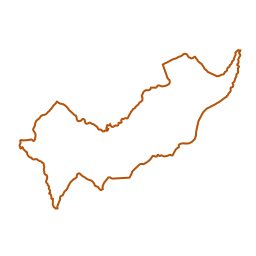 outline of Laulara, Aileu, East Timor, rotated 4°
{"feature_id": "22284137B18374352558819", "entity_name": "Laulara", "entity_type": "district", "adm_level": 2, "iso_a3": "TLS", "parent_name": "East Timor", "parent_adm1": "Aileu", "projection": "equal_earth", "projection_center": [125.578, -8.625], "detail": "fine", "context": "isolated", "style": "outline", "palette": "amber", "viewbox_px": 256, "rotation_deg": 4, "n_neighbors": 0, "source": "geoboundaries", "source_scale": "gbopen_adm2", "svg_char_len": 5807}
<svg xmlns="http://www.w3.org/2000/svg" viewBox="0 0 256 256"><g transform="rotate(4 128 128)"><path d="M194.3,135.5L195.2,134.7L195.5,134.0L196.3,130.9L196.2,129.1L196.4,125.8L197.8,116.3L198.2,115.3L201.2,108.5L202.1,106.8L203.4,105.2L205.6,102.9L207.1,102.1L213.5,98.2L214.9,97.1L217.1,95.7L218.6,94.5L222.3,91.2L222.8,90.8L224.1,90.1L224.4,89.1L225.0,88.7L225.4,87.9L226.1,86.4L227.3,84.8L227.8,83.8L227.8,83.0L227.6,81.4L227.7,80.7L228.5,80.2L229.5,79.9L229.8,79.4L230.0,78.6L230.0,77.7L229.5,76.8L229.2,76.0L230.6,74.6L230.9,73.9L231.3,72.7L231.4,71.6L231.7,70.6L232.1,69.8L232.5,68.6L232.4,67.9L232.5,66.7L233.0,66.4L233.5,65.9L233.8,65.2L234.0,64.4L233.9,63.7L233.6,63.0L233.5,60.7L234.3,59.6L234.3,58.8L233.8,58.1L232.8,57.8L232.5,56.9L232.8,56.4L233.3,55.9L233.7,55.1L233.7,53.8L233.1,52.1L233.2,51.5L233.5,51.0L234.2,49.2L234.9,48.1L234.9,47.3L234.4,46.4L233.8,46.0L233.6,45.4L233.6,44.8L234.5,43.6L234.6,42.7L233.0,42.9L232.5,42.6L231.1,43.8L230.5,44.5L229.9,45.4L230.0,46.3L230.3,47.2L229.6,49.0L228.8,51.6L228.8,52.4L228.5,53.1L228.0,53.5L227.3,54.3L226.9,56.4L226.0,57.7L225.4,58.0L225.0,58.7L225.0,59.5L224.6,60.3L223.7,60.5L223.2,61.1L222.8,62.2L222.7,63.3L222.4,64.3L221.9,64.8L220.8,65.3L219.9,67.4L219.3,67.9L218.0,68.2L216.4,69.0L215.1,69.8L213.2,70.2L203.9,66.6L202.8,65.5L200.3,63.6L199.1,61.7L197.9,60.3L196.7,58.7L196.0,58.5L193.4,56.7L192.6,55.5L189.9,52.3L189.4,52.3L187.9,53.6L186.8,54.1L186.1,54.1L184.1,53.3L183.3,52.8L182.6,51.8L181.9,50.7L181.2,50.2L180.0,50.0L179.3,50.0L178.3,50.4L177.7,51.1L175.5,52.9L173.7,53.4L171.7,54.8L170.2,55.7L169.2,55.7L166.4,57.3L162.7,59.7L159.9,61.2L158.3,62.3L160.9,68.4L163.2,73.6L163.7,75.1L164.1,75.6L164.4,75.8L164.9,76.5L165.9,77.2L166.3,77.9L166.4,78.8L166.4,79.9L166.1,80.7L165.6,81.5L163.6,82.8L162.2,83.4L159.0,84.2L156.7,83.5L155.2,83.4L154.6,83.8L154.2,84.4L153.1,85.8L148.2,86.1L147.7,87.6L147.3,87.9L146.8,88.6L145.7,88.9L144.7,89.0L143.4,88.9L141.7,90.1L140.9,91.0L140.6,92.1L139.5,94.6L139.5,95.2L139.7,95.9L140.3,96.4L140.4,99.0L140.3,99.5L139.6,100.5L137.8,101.7L136.5,104.1L135.3,105.0L133.9,106.7L133.5,107.6L132.8,108.2L131.9,108.6L131.5,109.4L130.1,111.4L129.4,112.9L128.1,115.5L127.7,116.5L127.5,117.4L126.9,118.2L126.6,118.5L125.0,118.4L124.1,118.5L123.3,119.0L122.9,119.3L122.3,119.4L121.6,119.3L121.2,119.6L120.8,120.5L120.8,121.4L121.2,122.8L120.9,123.1L120.1,123.4L118.8,123.3L118.3,123.6L118.3,124.9L118.1,125.7L117.5,126.2L116.9,126.5L115.5,126.3L114.8,126.6L113.0,128.0L111.3,127.8L110.9,127.1L109.9,125.5L109.3,126.6L108.9,126.8L108.2,126.8L107.6,126.5L107.1,126.6L106.8,127.4L106.9,128.5L106.4,129.5L106.8,130.2L107.2,130.1L108.3,130.3L107.9,131.8L107.2,132.2L106.8,132.3L106.2,131.9L105.4,132.0L104.6,132.9L103.1,133.2L102.7,132.7L102.0,132.3L101.6,131.8L101.1,131.5L100.6,131.4L99.9,131.6L99.4,131.6L98.9,131.5L98.3,131.0L97.4,129.3L95.7,128.1L93.7,126.9L92.9,126.5L91.8,126.4L89.8,125.3L89.2,125.4L87.7,126.3L86.8,126.6L86.0,126.6L85.5,126.3L84.9,125.5L84.2,123.0L83.8,122.6L83.2,122.2L82.6,122.1L82.0,122.2L81.3,123.0L80.8,123.8L80.4,124.1L78.3,124.7L77.8,124.6L76.7,123.6L76.3,122.6L75.8,120.8L75.5,120.0L75.2,119.4L73.5,118.6L69.8,115.6L68.4,114.6L67.4,113.5L66.1,111.9L64.7,110.6L62.1,109.0L61.2,108.7L59.9,108.5L59.0,108.5L58.0,108.2L55.2,106.7L54.5,108.0L53.3,109.5L52.2,110.7L50.0,114.3L48.9,115.7L48.1,116.8L47.2,117.5L45.3,120.0L44.0,120.6L42.3,120.9L40.3,122.1L38.9,124.6L36.9,126.3L36.1,127.2L35.7,128.0L35.1,130.0L35.0,132.2L33.6,135.3L33.5,136.2L33.7,136.9L35.0,138.7L35.7,139.7L36.2,141.0L36.3,141.9L36.1,145.1L35.4,147.2L34.5,147.5L32.6,146.2L32.1,146.2L29.0,147.1L26.7,147.3L24.9,147.7L23.0,147.5L22.2,147.5L21.8,147.7L21.4,147.9L21.4,148.1L21.6,149.0L21.9,149.4L21.9,149.8L21.7,151.0L21.5,151.4L21.3,152.1L21.1,152.5L21.1,153.0L21.6,154.6L22.0,155.6L22.4,155.9L22.9,155.7L23.4,155.2L23.8,154.5L24.5,155.0L25.0,156.1L26.1,157.3L26.7,157.6L27.8,158.8L28.7,159.0L29.1,160.0L29.3,161.1L29.7,161.9L31.8,164.0L32.4,164.2L33.4,164.2L34.8,165.6L35.5,165.9L36.1,166.0L37.6,165.6L39.2,165.4L40.6,166.5L43.8,167.6L44.4,168.0L44.8,168.5L46.3,169.3L46.6,170.5L46.6,171.3L46.9,172.0L47.2,172.6L47.2,173.3L46.9,174.5L46.9,175.2L47.6,177.4L47.6,178.1L47.7,178.9L47.9,179.4L48.6,180.1L49.2,180.5L49.9,180.6L50.3,180.9L50.5,181.8L50.9,182.7L50.6,185.0L49.9,187.1L50.3,188.1L51.6,189.3L51.9,189.9L52.0,190.6L53.2,191.7L53.3,193.0L53.2,193.8L53.6,194.7L54.2,195.2L54.5,195.6L54.7,196.6L54.8,197.5L54.1,198.2L54.0,198.9L55.3,199.3L56.0,200.8L56.5,202.7L56.5,203.8L57.3,204.2L58.0,204.0L58.3,209.8L58.7,210.3L59.1,211.3L59.4,212.0L60.7,212.7L61.5,213.4L62.3,213.3L63.3,213.0L63.0,211.6L63.0,210.9L64.5,206.2L65.1,204.7L65.3,204.0L65.1,201.8L65.5,200.8L67.0,199.9L67.5,199.8L69.0,196.0L69.5,195.3L71.0,193.9L72.0,191.7L72.6,189.8L74.2,186.6L74.8,185.7L77.2,183.0L78.9,182.0L80.2,180.6L80.2,179.8L80.6,177.6L81.1,177.2L82.5,176.6L83.0,176.8L85.8,179.1L88.4,180.3L90.0,181.4L92.4,182.4L94.0,182.8L95.5,183.1L97.9,185.5L98.5,186.6L98.7,187.3L99.3,188.0L102.1,188.9L104.2,191.2L104.9,191.7L105.5,191.8L107.1,190.7L106.7,188.4L107.8,184.7L108.5,183.6L111.9,178.7L113.5,178.5L114.8,179.3L115.8,179.6L123.1,178.7L125.6,178.3L126.9,178.2L132.2,177.5L132.8,177.4L133.2,177.0L135.1,172.3L135.2,171.4L135.9,170.3L141.4,164.3L142.8,163.1L144.6,162.9L145.7,163.0L146.3,162.9L147.6,161.9L148.4,161.4L149.6,160.6L151.6,158.7L152.7,157.3L154.3,154.6L154.8,154.1L155.4,154.1L157.9,154.6L158.8,154.3L159.2,153.5L159.4,152.8L159.8,152.6L161.2,153.6L161.8,153.7L163.1,152.9L164.0,153.3L165.2,153.7L166.3,153.8L169.6,152.9L171.4,151.9L171.9,151.8L173.1,152.3L174.2,152.3L174.6,151.8L176.1,148.3L177.2,146.0L178.1,145.0L180.0,143.7L180.0,142.8L179.9,141.4L180.2,140.9L181.6,140.0L183.8,139.5L185.2,139.4L186.3,139.6L187.0,139.4L189.3,139.2L190.3,138.8L192.6,137.5L194.3,135.5Z" fill="none" stroke="#b45309" stroke-width="2"/></g></svg>